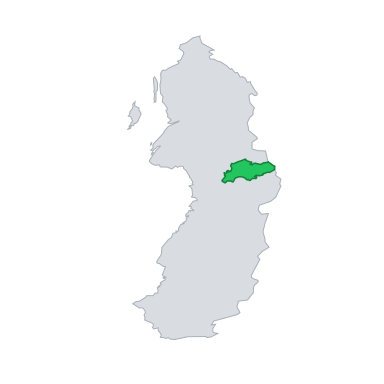 location of Härjedalen, Jämtland, Sweden, rotated 155°
{"feature_id": "70781695B83252740141506", "entity_name": "Härjedalen", "entity_type": "district", "adm_level": 2, "iso_a3": "SWE", "parent_name": "Sweden", "parent_adm1": "Jämtland", "projection": "natural_earth1", "projection_center": [13.938, 62.166], "detail": "fine", "context": "in_parent", "style": "filled", "palette": "green", "viewbox_px": 384, "rotation_deg": 155, "n_neighbors": 0, "source": "geoboundaries", "source_scale": "gbopen_adm2", "svg_char_len": 7238}
<svg xmlns="http://www.w3.org/2000/svg" viewBox="0 0 384 384"><g transform="rotate(155 192 192)"><path d="M95.0,253.5L96.3,256.1L99.1,255.8L100.2,253.9L101.7,248.2L99.9,241.9L102.4,239.7L104.0,236.3L107.8,235.3L112.9,231.3L113.5,227.2L114.7,224.1L110.4,215.0L110.0,212.8L116.6,211.6L119.4,205.6L114.9,201.7L108.0,198.1L110.5,186.5L107.5,180.3L108.0,177.7L107.5,173.6L109.3,172.0L105.9,166.1L109.3,162.1L108.7,160.0L118.4,151.8L124.8,150.3L136.6,151.6L139.4,148.3L139.5,146.6L138.4,142.5L131.8,140.2L139.0,132.9L144.6,125.8L145.6,119.0L146.9,116.0L145.5,109.4L153.1,108.6L159.9,105.9L158.9,102.3L173.7,91.2L174.1,89.2L172.9,87.3L169.4,83.9L170.3,82.4L174.3,81.4L176.2,80.0L179.1,74.8L187.2,70.7L196.1,73.4L199.9,68.8L199.5,62.5L202.7,61.8L226.7,65.8L230.7,63.4L226.5,62.2L230.5,59.7L231.6,58.1L232.0,56.3L231.7,55.3L228.4,52.9L235.9,52.6L240.0,53.7L240.4,55.1L256.9,62.6L269.9,65.6L273.7,67.7L275.2,70.1L277.2,70.2L279.7,72.4L282.2,73.6L280.3,75.1L280.5,78.6L281.2,80.2L280.1,83.2L284.4,84.0L285.1,85.8L283.0,87.7L283.4,89.7L289.0,96.0L287.7,98.0L287.5,100.6L285.1,102.5L284.8,104.4L285.4,107.0L286.2,108.2L288.7,109.0L292.9,115.8L288.9,116.3L285.8,115.3L278.6,116.2L276.9,117.2L271.2,114.5L268.1,116.0L266.0,114.7L264.3,116.9L264.0,119.9L261.4,119.7L262.4,120.8L258.9,121.2L258.7,121.7L259.5,122.4L258.4,123.4L253.6,123.7L253.0,124.7L254.4,125.9L254.4,126.6L251.3,125.5L253.5,127.7L254.0,129.3L247.6,135.6L249.9,137.3L251.8,140.9L253.8,142.5L253.1,144.2L246.3,148.3L242.6,154.5L234.1,158.6L229.6,159.7L226.7,162.6L223.2,161.7L223.2,163.4L220.9,162.4L219.2,165.0L216.1,167.2L212.7,166.8L212.3,167.2L213.4,167.8L209.4,168.4L208.3,170.7L205.4,171.4L204.9,172.1L207.9,172.2L207.3,174.1L204.0,175.1L202.8,176.3L201.3,176.3L201.6,175.3L199.3,175.4L198.6,174.3L198.2,174.6L199.8,177.7L198.7,178.9L200.8,180.1L194.7,183.2L191.0,182.0L190.5,182.9L191.3,185.5L194.6,187.6L192.7,189.0L190.7,195.1L192.2,198.8L187.9,198.0L188.3,199.4L186.9,201.0L187.5,203.4L187.1,205.0L188.1,206.4L187.6,207.1L188.3,213.8L189.6,216.7L189.2,219.0L191.0,220.2L194.7,220.5L195.8,222.4L200.5,221.3L203.9,225.0L210.3,228.2L210.0,230.3L214.1,231.8L216.6,234.7L217.5,237.0L217.3,238.5L211.1,242.5L206.3,245.1L201.3,246.8L201.5,247.4L204.0,247.7L210.0,245.8L211.8,247.4L208.6,248.2L208.0,250.5L206.6,252.0L193.3,257.2L191.5,258.8L185.6,261.5L174.8,261.3L173.2,261.8L182.5,262.9L184.8,264.8L180.4,266.1L182.4,270.7L181.3,271.8L181.2,276.9L179.6,277.0L179.0,279.1L179.9,284.2L180.7,285.7L180.4,287.2L177.9,290.6L178.8,294.8L175.9,302.4L172.7,306.8L170.3,312.7L167.5,314.8L164.2,313.5L159.2,314.2L150.2,314.0L149.1,314.6L149.8,316.7L146.5,316.4L140.8,321.0L140.6,323.2L143.0,327.5L140.2,330.3L134.1,329.6L126.0,331.4L118.8,330.0L119.7,328.5L120.3,322.8L112.0,311.3L115.9,312.4L117.5,311.8L115.1,308.1L118.4,307.8L119.5,306.5L118.9,304.3L116.2,303.4L113.8,300.0L111.3,298.2L107.0,291.4L105.4,286.8L103.9,287.2L102.6,281.9L100.3,281.1L99.8,275.7L97.3,275.1L95.7,272.7L95.5,268.0L92.5,267.4L92.9,265.2L92.0,257.0L91.1,254.5L91.9,252.6L93.5,252.4L95.0,253.5ZM220.2,278.6L218.8,279.1L218.1,280.6L215.9,281.3L215.7,286.0L217.7,287.8L215.7,288.6L214.3,291.1L210.7,292.8L209.3,294.4L208.6,296.7L205.4,297.9L207.6,294.5L204.6,290.5L205.3,289.1L205.0,284.5L211.4,278.7L214.4,278.0L215.7,278.7L216.3,277.3L217.2,276.9L220.2,278.6ZM179.0,311.3L177.4,312.3L176.9,310.8L177.0,305.4L180.5,298.8L182.1,298.3L186.4,289.5L186.8,288.9L188.4,289.5L187.3,290.3L187.4,291.8L184.6,296.5L184.0,299.6L183.0,300.4L179.0,311.3ZM221.4,276.8L221.2,278.1L219.5,277.0L221.0,275.6L224.2,275.9L221.4,276.8ZM213.0,243.1L211.0,245.1L210.6,244.3L211.0,243.3L213.0,243.1ZM208.7,253.6L207.7,253.8L208.4,252.4L209.8,252.1L208.7,253.6Z" fill="#d9dde1" stroke="#a8b0b8" stroke-width="1"/><path d="M150.2,183.9L149.9,184.2L149.3,184.6L148.3,185.4L147.6,185.8L147.1,186.0L146.8,186.3L146.3,186.4L145.7,186.3L145.3,186.2L144.8,186.1L144.4,186.0L143.9,186.0L142.9,186.0L142.7,185.8L142.2,185.6L141.4,185.2L140.6,184.7L140.0,184.3L139.5,183.9L139.0,183.5L138.8,183.1L138.6,182.6L138.3,182.4L138.0,182.1L137.6,181.8L137.6,180.9L137.5,180.6L137.3,180.3L137.1,179.8L136.8,179.6L136.1,179.7L135.7,179.6L135.6,179.3L135.5,178.8L135.3,178.6L135.0,178.2L134.7,178.0L134.2,177.9L133.9,178.0L133.6,178.2L133.3,178.3L132.9,178.4L132.6,178.5L132.0,178.7L131.5,178.8L131.2,178.6L130.9,178.4L130.5,178.2L130.2,178.1L129.8,178.1L129.4,178.0L129.3,177.8L129.1,177.7L128.9,177.4L128.6,177.2L128.3,177.2L127.9,177.3L127.5,177.6L127.2,177.9L127.3,178.6L127.5,178.8L128.0,179.0L128.5,179.3L128.7,179.5L128.0,179.8L127.4,180.0L126.9,180.0L126.4,179.9L126.0,179.7L125.9,179.3L125.7,179.0L125.2,178.8L124.7,178.8L124.1,178.4L123.8,178.1L123.4,178.0L122.6,178.0L121.9,177.7L121.5,177.6L120.8,177.5L120.4,177.7L119.9,177.9L119.8,178.2L119.8,178.6L119.4,178.5L118.8,178.4L118.3,178.3L118.1,178.1L117.6,178.1L116.8,178.1L115.7,178.1L115.3,178.0L114.9,177.8L114.4,177.5L113.9,177.2L113.4,177.0L112.4,177.0L110.8,177.2L109.9,177.2L108.9,177.4L108.0,177.5L107.6,177.4L107.6,177.5L107.4,177.8L107.2,178.4L106.9,178.9L106.6,179.5L106.2,179.8L106.2,180.5L106.4,180.8L106.8,181.1L107.0,181.3L107.3,181.9L107.8,182.5L108.0,183.2L108.2,183.6L108.5,184.0L108.8,184.7L109.7,185.8L109.9,186.7L110.1,187.1L110.6,187.1L111.7,187.3L112.8,187.5L113.7,187.7L114.2,187.9L115.0,188.2L116.3,188.0L117.9,188.0L118.6,188.2L119.4,188.9L119.9,189.4L120.6,189.8L121.2,190.1L121.7,190.8L122.0,191.2L122.8,191.4L123.4,191.6L123.8,191.8L124.6,191.8L125.1,191.5L125.7,191.3L126.0,191.2L126.4,191.5L126.3,192.0L127.1,192.2L127.6,192.4L127.5,192.7L126.7,193.1L125.7,193.6L125.3,193.8L125.3,194.0L126.0,194.3L126.3,194.5L126.9,194.9L127.4,195.5L127.7,195.8L128.3,196.4L128.9,196.9L129.4,197.5L129.6,197.8L129.7,198.1L129.4,198.5L129.4,198.8L129.7,199.1L130.4,199.4L131.5,199.4L132.9,199.4L133.7,199.5L134.7,199.6L135.7,199.7L136.6,199.9L137.4,199.9L137.8,200.0L138.3,200.0L139.9,200.0L140.8,200.0L141.6,200.0L142.4,200.1L142.8,200.3L143.1,200.5L143.5,200.8L143.7,201.0L143.8,201.0L144.0,201.0L144.4,200.8L144.7,200.5L144.8,200.4L145.0,200.1L145.5,199.9L145.9,199.4L145.9,198.6L145.7,197.7L145.8,196.8L146.1,196.4L146.6,195.9L147.0,195.4L147.4,195.1L147.7,194.8L147.9,194.4L148.3,194.3L148.7,194.5L149.0,194.9L149.5,195.2L149.7,195.6L149.8,195.8L150.1,196.2L150.6,196.3L151.1,196.3L151.1,196.1L151.1,195.9L150.9,195.8L150.4,195.8L150.2,195.6L149.8,195.2L149.7,195.0L149.7,194.8L150.0,194.7L150.4,194.7L150.7,194.9L151.0,195.1L151.1,195.3L151.2,195.5L151.3,195.7L151.6,195.9L152.0,195.9L152.0,195.6L152.0,195.2L152.0,194.9L152.3,194.7L153.1,194.7L153.7,194.7L154.0,194.9L154.2,195.2L154.2,195.4L154.3,195.6L154.6,195.8L154.9,195.7L154.9,195.3L154.8,194.6L154.8,194.4L155.1,194.0L155.3,193.6L155.5,193.3L155.3,193.0L154.9,192.8L154.9,192.4L155.2,191.9L156.6,191.4L157.6,190.8L158.7,190.3L159.3,190.1L159.7,189.9L160.0,189.6L160.1,189.1L159.8,188.7L159.7,188.3L159.4,187.9L159.0,187.8L158.8,187.6L158.8,187.3L158.8,187.0L158.7,186.8L158.5,186.6L158.2,186.4L157.9,186.3L157.5,186.4L157.1,186.5L156.7,186.7L156.2,186.9L155.8,187.1L155.3,187.0L154.9,186.9L154.4,186.6L154.0,186.4L153.8,186.2L153.3,186.1L152.8,185.9L152.3,185.6L152.0,185.2L151.5,185.0L151.4,184.7L151.4,184.4L151.2,184.1L150.8,183.9L150.3,183.9L150.2,183.9Z" fill="#22c55e" stroke="#15803d" stroke-width="1.5"/></g></svg>